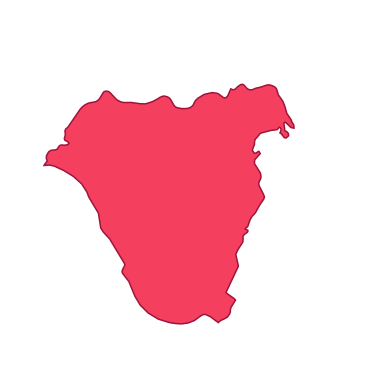 the border of Kangwŏn-do, rotated 64°
{"feature_id": "PRK-3308", "entity_name": "Kangwŏn-do", "entity_type": "Province", "adm_level": 1, "iso_a3": "PRK", "parent_name": "North Korea", "parent_adm1": "", "projection": "mercator", "projection_center": [127.289, 38.794], "detail": "fine", "context": "isolated", "style": "filled", "palette": "rose", "viewbox_px": 384, "rotation_deg": 64, "n_neighbors": 0, "source": "natural_earth", "source_scale": "10m", "svg_char_len": 3125}
<svg xmlns="http://www.w3.org/2000/svg" viewBox="0 0 384 384"><g transform="rotate(64 192 192)"><path d="M320.8,225.7L312.1,230.2L308.0,233.5L307.0,236.0L307.3,239.5L308.6,246.1L308.0,253.0L306.0,259.1L303.0,264.5L299.5,269.5L291.4,278.1L281.6,284.4L271.1,288.1L260.7,289.0L244.7,288.0L234.6,290.1L232.5,289.6L230.7,287.7L228.7,284.9L227.5,284.0L198.0,286.6L189.0,289.3L184.4,289.8L170.0,285.4L151.2,287.0L146.3,286.5L136.4,287.6L126.2,291.7L116.5,297.8L108.1,304.7L107.2,305.9L105.3,308.3L103.3,313.4L103.2,313.3L101.9,311.0L101.5,310.1L101.0,309.3L100.5,308.5L97.9,308.2L96.6,307.5L95.6,306.9L93.1,303.3L92.7,300.7L93.4,298.4L94.3,296.4L94.4,295.1L94.2,294.1L93.0,292.3L92.7,291.6L92.2,290.2L92.4,289.1L93.0,287.8L93.9,286.4L94.9,283.5L94.7,282.2L94.2,281.3L93.2,281.4L92.4,281.7L91.6,282.1L90.0,283.5L89.2,283.6L87.9,283.3L86.1,281.6L84.8,280.7L83.5,280.1L82.3,279.8L81.3,279.3L80.2,278.2L79.7,277.1L79.6,275.8L79.0,274.5L68.8,256.6L67.7,254.1L66.8,250.3L66.7,247.4L66.7,246.4L67.1,244.4L67.7,242.4L68.0,241.4L68.3,240.2L68.6,238.7L68.4,236.4L67.9,234.9L67.3,233.7L64.1,228.8L63.2,227.0L63.3,226.7L63.6,225.1L64.1,224.2L64.8,223.3L65.7,222.6L66.7,222.1L75.8,219.3L77.7,218.1L79.6,216.6L80.5,215.7L81.9,213.7L84.7,207.7L89.9,199.9L92.1,195.8L92.5,194.2L92.9,192.1L93.4,188.2L93.3,183.0L92.9,179.3L93.0,177.4L93.2,175.8L93.7,174.8L94.4,173.9L95.2,172.9L96.1,172.1L97.1,171.4L98.0,171.0L99.0,170.7L106.2,170.2L107.1,170.0L108.1,169.6L109.0,169.0L109.9,168.2L112.4,164.8L113.7,162.3L114.8,159.6L115.2,157.9L115.3,156.6L115.2,155.6L115.0,154.6L114.7,153.7L114.0,152.4L113.8,152.1L112.9,151.1L111.4,148.9L110.3,145.8L109.6,138.5L111.4,130.4L114.5,125.9L115.7,125.0L120.8,122.4L121.7,121.5L122.1,120.6L121.7,118.9L121.2,117.7L116.3,111.9L118.1,110.4L118.4,109.0L118.4,107.8L117.3,104.5L116.8,101.4L117.2,99.7L118.1,98.6L122.6,97.3L123.9,96.7L125.5,95.3L126.2,94.0L126.5,92.6L126.6,90.1L126.8,88.7L127.8,84.5L128.6,78.3L129.1,76.6L129.9,75.1L130.9,74.0L132.4,72.6L133.6,71.8L134.7,71.2L135.8,70.9L136.9,70.9L142.5,71.8L150.2,70.6L155.2,70.9L162.8,72.3L170.1,71.3L174.0,71.5L175.1,71.2L176.2,71.2L177.2,71.4L179.3,72.3L178.2,73.9L177.4,74.8L170.2,77.5L170.2,79.0L171.9,79.8L175.6,80.9L177.4,81.8L179.2,80.4L181.7,79.7L183.8,80.5L184.7,83.7L183.7,85.2L178.9,86.2L177.4,87.1L176.6,85.9L175.7,85.1L174.7,84.5L173.7,84.4L172.2,84.8L172.3,85.9L173.0,87.2L173.2,88.4L171.4,93.6L170.2,99.2L169.2,104.8L170.9,108.5L172.5,112.4L174.8,114.1L176.5,114.9L179.8,118.5L181.4,119.5L184.4,119.0L185.1,117.3L184.7,115.3L184.7,114.1L187.4,113.8L190.5,121.4L193.6,123.4L205.1,122.2L208.8,123.4L210.6,124.9L211.9,126.7L213.4,128.2L215.5,128.9L226.0,128.8L228.3,129.1L229.9,130.7L233.4,136.9L238.2,143.7L239.2,145.7L240.1,148.5L242.4,151.9L247.6,157.2L248.1,159.7L248.7,160.5L250.1,159.2L251.1,158.6L252.0,159.2L252.6,160.4L253.1,163.5L253.8,165.0L255.0,166.1L256.5,166.6L259.2,168.2L264.4,176.6L267.3,180.0L279.0,182.8L297.2,205.5L299.4,204.6L306.3,200.8L308.2,200.2L312.9,207.6L314.1,208.7L316.7,210.2L318.1,211.6L320.0,215.1L320.0,215.8L320.2,218.6L320.1,222.1L320.7,225.6L320.8,225.7Z" fill="#f43f5e" stroke="#9f1239" stroke-width="1.5"/></g></svg>